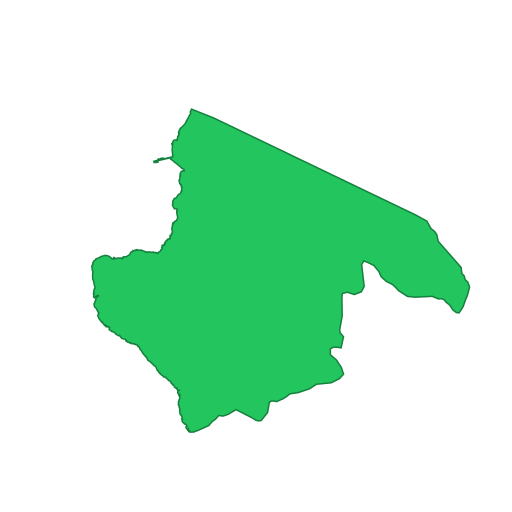 outline of Ngetbong, Ngardmau, Palau, rotated 327°
{"feature_id": "81905179B3509636164924", "entity_name": "Ngetbong", "entity_type": "district", "adm_level": 2, "iso_a3": "PLW", "parent_name": "Palau", "parent_adm1": "Ngardmau", "projection": "robinson", "projection_center": [134.551, 7.586], "detail": "fine", "context": "isolated", "style": "filled", "palette": "green", "viewbox_px": 512, "rotation_deg": 327, "n_neighbors": 0, "source": "geoboundaries", "source_scale": "gbopen_adm2", "svg_char_len": 6112}
<svg xmlns="http://www.w3.org/2000/svg" viewBox="0 0 512 512"><g transform="rotate(327 256 256)"><path d="M281.9,97.7L279.3,99.4L278.6,101.1L276.1,102.1L275.9,102.5L272.2,104.3L272.0,104.8L270.8,104.9L270.1,105.8L267.5,106.8L262.8,107.8L262.6,107.6L260.4,108.6L260.3,109.1L259.7,109.1L258.3,110.2L258.2,111.0L258.5,111.1L258.2,111.6L257.7,111.4L256.6,113.0L255.8,112.9L253.4,115.5L253.2,115.2L252.5,115.8L251.9,114.9L250.1,114.2L249.1,114.5L247.3,116.1L246.6,115.9L246.4,116.3L246.8,116.9L246.3,117.0L245.8,118.3L243.3,121.6L241.2,125.8L240.4,126.8L240.4,127.5L231.4,124.2L231.5,123.3L229.0,122.2L228.2,122.5L226.9,121.4L225.4,122.1L221.9,120.9L221.5,122.2L223.3,122.8L223.2,123.2L224.9,123.9L225.3,122.5L238.2,127.2L237.2,128.2L237.4,129.0L238.0,129.9L238.6,132.4L239.9,136.0L241.5,141.2L241.4,141.8L242.8,144.0L242.1,145.5L240.6,144.6L239.4,144.4L238.4,144.8L237.1,145.8L236.7,146.4L236.8,146.8L236.3,146.9L236.4,147.7L235.5,147.8L235.3,148.5L234.3,149.6L232.4,150.9L232.2,152.2L231.4,153.8L231.8,154.7L231.6,155.2L232.0,155.7L231.3,156.8L231.7,157.2L231.3,157.9L230.6,158.3L230.1,159.6L228.9,161.2L228.5,160.9L228.2,161.4L226.4,162.4L224.3,162.2L220.6,163.8L219.2,163.3L218.5,163.4L216.0,164.7L215.0,166.6L214.4,166.8L214.0,167.7L213.5,168.1L213.4,170.1L213.3,171.7L213.7,172.4L214.9,172.8L215.4,173.6L215.1,174.7L214.5,174.6L212.9,176.8L212.8,178.0L212.0,178.9L211.4,181.1L208.9,182.8L207.4,183.0L206.5,182.6L205.5,183.4L205.2,183.2L204.8,183.5L204.4,183.2L204.2,183.7L203.7,183.6L203.3,184.5L202.5,184.6L201.8,186.0L201.2,186.5L200.9,186.5L200.4,187.2L199.4,189.0L199.3,190.3L198.4,190.9L197.6,191.0L196.6,191.9L196.6,192.3L195.7,192.5L195.3,192.1L195.1,192.5L194.8,192.4L193.9,193.6L194.2,193.7L194.0,194.0L192.9,194.8L191.7,193.8L190.1,194.1L189.7,194.5L189.4,194.2L188.8,194.3L188.2,194.7L187.3,194.9L186.9,195.6L186.3,195.4L185.9,196.3L186.5,197.1L185.5,196.5L184.4,196.7L184.5,196.4L183.3,196.3L183.2,196.0L182.6,196.5L182.6,197.2L181.5,197.6L181.3,198.7L179.3,199.1L179.1,199.6L178.2,199.8L176.3,199.8L175.2,200.3L175.2,199.9L174.2,199.3L174.3,198.9L173.0,197.9L172.1,197.7L172.2,196.9L171.9,196.6L170.2,195.9L168.7,194.3L168.0,194.4L167.6,193.8L166.6,193.6L166.5,193.0L165.3,192.2L165.2,191.5L164.0,190.2L163.3,188.8L162.8,188.8L162.4,188.2L161.7,188.0L161.3,187.4L160.4,187.1L159.9,186.0L159.2,185.6L158.8,185.6L158.7,186.0L158.2,185.9L158.0,185.3L156.4,184.9L155.3,185.2L155.0,185.1L155.1,184.8L154.7,185.0L154.0,184.6L152.5,184.9L150.9,186.0L147.7,186.0L146.3,185.7L144.4,184.5L142.9,184.7L142.7,185.5L141.9,185.0L141.9,184.5L141.0,183.7L138.2,182.0L137.1,182.0L136.2,180.6L136.2,179.9L135.7,179.7L135.1,181.1L133.7,180.1L133.4,178.3L132.7,176.5L131.7,175.0L129.8,173.3L126.0,172.1L122.7,171.9L120.2,171.2L119.5,171.8L117.2,171.9L115.7,172.9L115.4,172.8L114.6,174.4L113.2,174.6L112.6,175.4L110.9,179.0L110.8,180.0L107.7,184.3L106.5,186.6L106.1,188.6L104.3,193.1L103.8,195.1L102.7,195.4L101.0,196.9L100.8,197.5L99.8,198.3L99.3,199.6L99.1,199.4L98.8,200.4L97.8,201.3L97.5,202.3L97.8,202.6L97.7,203.0L98.6,203.3L99.1,203.3L99.2,202.8L100.9,202.8L101.9,203.0L102.3,203.4L102.2,203.7L101.8,203.4L100.3,203.6L97.7,205.2L97.4,205.9L96.2,206.4L95.7,207.2L94.3,207.7L93.7,208.6L93.1,209.9L93.0,211.5L93.5,213.1L93.2,214.9L93.4,215.6L93.1,216.0L93.0,217.0L93.2,218.1L92.8,218.1L92.4,218.9L90.9,219.5L90.2,223.3L90.6,227.9L91.4,228.1L90.9,230.0L91.3,230.4L91.3,231.8L92.0,232.0L91.6,232.4L91.8,233.6L92.4,233.4L92.3,233.9L93.2,234.1L93.0,234.8L94.3,235.5L94.3,236.1L93.9,236.2L92.8,237.8L93.0,238.4L93.6,239.8L93.9,240.0L93.8,240.5L94.2,240.7L96.1,244.2L95.8,244.9L97.1,247.7L97.9,248.5L98.3,248.4L98.5,252.0L100.9,254.6L101.1,255.6L100.8,256.0L101.3,256.4L100.9,256.8L101.6,258.6L102.3,259.0L102.4,259.5L103.0,260.0L102.9,260.4L103.8,260.7L103.6,261.5L104.0,261.9L105.9,263.1L105.9,263.8L106.4,263.9L106.6,264.6L107.4,264.9L107.5,265.5L107.8,265.6L107.8,267.7L108.2,267.6L108.5,268.6L107.9,271.3L108.3,271.6L108.1,276.5L108.7,279.5L108.5,279.8L108.7,280.9L109.1,281.1L108.5,284.5L109.7,286.8L109.6,287.5L110.4,289.3L110.2,289.8L110.7,290.7L110.6,291.6L111.6,294.2L111.0,298.0L111.3,298.2L111.1,298.6L111.3,298.9L111.1,299.1L111.4,301.0L111.2,301.4L111.6,301.8L111.4,302.0L112.0,304.5L113.0,307.0L112.8,307.2L114.3,308.5L114.1,309.3L114.8,311.0L114.8,312.6L116.0,314.6L115.6,316.8L115.7,317.3L116.2,317.6L116.1,319.1L116.6,319.3L116.7,319.8L116.6,321.1L116.2,321.4L116.8,323.0L117.6,323.5L117.2,323.8L117.5,324.3L117.1,324.8L117.3,325.8L118.3,326.2L118.4,326.8L117.4,326.3L117.0,326.4L116.0,327.9L115.6,328.8L116.0,329.9L116.6,330.3L116.5,331.1L115.9,330.5L115.5,330.7L115.2,333.0L113.9,334.4L113.3,334.5L112.7,335.4L111.7,335.8L111.3,336.7L110.1,338.0L109.7,339.3L109.7,340.4L109.2,341.0L108.7,342.9L107.8,344.1L108.0,344.5L107.0,345.5L106.4,347.0L106.2,348.0L106.8,348.4L106.4,349.1L106.3,351.2L105.0,352.1L105.3,353.0L104.6,353.2L104.0,354.8L104.2,356.5L104.8,357.3L104.5,357.8L105.8,359.3L105.4,360.2L105.3,361.3L104.5,361.0L103.7,361.9L104.0,364.3L104.5,364.8L105.1,364.4L104.8,365.6L104.5,365.1L103.9,365.2L104.1,366.5L104.7,366.8L104.3,367.2L105.1,368.0L108.4,370.0L109.3,369.7L110.8,370.4L123.9,372.5L129.2,371.0L133.2,370.8L137.9,369.5L141.2,372.3L146.2,373.6L155.6,374.0L164.7,389.8L166.5,393.8L168.5,395.8L170.9,396.8L180.4,393.6L187.5,386.0L190.2,386.0L194.0,389.3L201.0,390.5L205.5,390.5L209.2,390.0L216.8,393.5L228.5,396.5L236.9,396.5L250.0,403.3L259.1,404.3L265.1,402.8L266.9,395.7L266.8,386.9L264.6,379.4L267.7,374.4L271.3,374.6L275.5,377.6L277.3,379.4L285.4,371.4L284.8,366.1L286.1,363.3L295.4,353.5L305.4,337.7L308.0,334.4L312.9,336.2L317.5,341.9L324.9,343.4L330.2,340.4L339.9,320.8L343.7,318.8L346.1,322.1L349.7,328.1L350.6,336.1L349.7,341.4L351.4,348.2L354.8,354.0L355.7,357.0L356.8,363.0L361.1,372.5L367.2,377.3L381.8,385.8L385.7,391.5L388.3,392.8L389.9,394.9L390.3,398.5L391.7,402.5L391.8,408.5L393.2,412.6L395.4,414.3L402.3,411.2L406.8,407.6L411.7,404.3L418.2,398.4L419.4,393.3L418.5,389.5L419.8,386.2L419.1,382.8L421.8,377.3L416.8,342.9L419.3,336.5L419.2,332.9L417.7,328.2L418.3,319.8L412.4,308.8L295.9,117.5L281.9,97.7Z" fill="#22c55e" stroke="#15803d" stroke-width="1.5"/></g></svg>